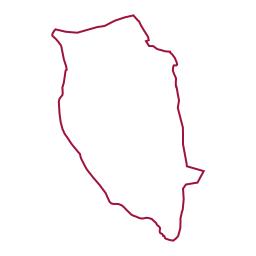 Melhan, Al Hudaydah, Yemen
{"feature_id": "15242507B19184333962868", "entity_name": "Melhan", "entity_type": "district", "adm_level": 2, "iso_a3": "YEM", "parent_name": "Yemen", "parent_adm1": "Al Hudaydah", "projection": "mercator", "projection_center": [43.334, 15.324], "detail": "fine", "context": "isolated", "style": "outline", "palette": "rose", "viewbox_px": 256, "rotation_deg": 0, "n_neighbors": 0, "source": "geoboundaries", "source_scale": "gbopen_adm2", "svg_char_len": 2268}
<svg xmlns="http://www.w3.org/2000/svg" viewBox="0 0 256 256"><path d="M80.1,154.7L80.4,156.0L80.7,157.3L81.2,158.7L85.3,166.8L87.1,169.8L88.9,172.1L89.5,172.8L91.2,175.0L93.3,177.7L99.7,185.1L102.1,188.4L105.6,193.0L108.4,199.3L109.6,201.8L110.6,202.7L111.2,203.4L113.1,203.9L118.3,204.0L121.5,205.2L123.5,206.8L126.4,209.8L131.2,214.5L133.2,215.6L136.3,216.7L138.7,217.8L139.7,218.1L141.1,218.5L143.6,218.4L146.1,217.8L147.6,217.9L149.3,218.2L151.6,218.9L156.3,223.2L156.6,224.1L157.0,224.9L158.2,225.9L159.6,227.1L159.9,227.8L160.0,228.5L160.0,229.0L159.9,229.6L159.7,230.7L159.7,231.7L159.9,232.3L160.3,233.1L160.6,233.4L161.2,233.6L161.6,233.6L162.2,233.9L162.5,234.3L162.7,234.6L162.8,235.1L162.9,235.6L163.1,235.9L163.5,235.8L164.0,235.9L164.3,236.1L164.6,236.6L164.7,237.2L164.9,237.9L165.2,238.3L165.8,238.7L167.0,239.1L169.8,240.0L173.3,240.6L175.5,238.9L177.9,236.4L178.2,235.7L178.5,234.9L180.3,228.2L180.4,223.8L180.5,222.1L180.5,218.2L182.0,211.6L182.7,209.7L183.7,199.3L183.0,188.7L185.9,184.5L197.5,182.6L203.7,171.1L191.1,167.5L186.9,166.3L186.5,163.0L183.9,149.0L183.4,146.4L183.3,145.6L183.0,144.2L183.0,135.0L183.0,134.7L182.9,128.6L182.9,127.6L177.8,107.9L178.2,105.2L178.5,103.8L178.5,103.7L179.0,100.5L179.0,100.4L177.9,94.6L177.8,94.1L177.7,93.7L177.1,90.0L176.4,86.6L176.1,86.7L175.8,85.0L175.8,82.1L176.1,78.5L174.3,74.5L172.8,70.5L173.1,67.2L173.8,65.4L176.4,65.4L177.1,64.6L176.7,62.5L174.9,58.1L172.3,54.5L170.0,52.4L170.0,51.7L169.7,51.7L165.1,51.3L161.4,50.2L157.2,49.1L153.2,46.1L149.1,46.0L146.0,41.2L148.7,40.2L148.1,37.0L145.2,32.3L143.6,29.9L140.5,24.5L139.1,21.4L138.0,20.6L133.4,15.4L124.7,17.4L114.8,20.7L104.7,25.9L102.0,26.4L97.5,27.0L95.7,27.5L78.4,32.4L77.2,32.7L69.5,32.1L66.9,31.8L66.5,31.9L60.4,30.5L55.5,29.4L54.5,30.5L53.5,31.9L52.3,34.2L52.3,34.7L52.3,35.6L53.1,36.5L55.3,38.4L57.1,40.4L58.6,42.2L60.4,44.7L61.3,46.2L62.0,50.2L62.3,51.4L63.8,59.0L63.9,59.5L65.1,63.1L66.2,66.6L66.3,67.3L66.3,67.5L66.7,69.7L65.6,70.6L63.9,82.1L63.7,83.1L62.4,87.5L62.7,92.8L62.5,94.9L59.6,98.6L58.8,101.4L59.5,113.2L59.8,115.6L60.7,122.3L62.0,127.1L62.5,129.0L64.7,133.9L67.5,137.8L71.6,144.0L73.2,146.0L79.1,153.1L79.4,153.3L79.6,153.5L79.8,153.8L80.0,154.1L80.1,154.4L80.1,154.7Z" fill="none" stroke="#9f1239" stroke-width="2"/></svg>